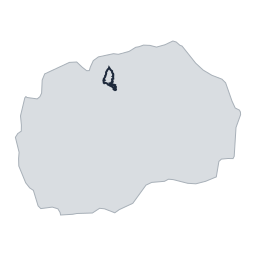 Gazi Baba, Gazi Baba, North Macedonia shown in context
{"feature_id": "65306769B82299046319271", "entity_name": "Gazi Baba", "entity_type": "district", "adm_level": 2, "iso_a3": "MKD", "parent_name": "North Macedonia", "parent_adm1": "Gazi Baba", "projection": "equal_earth", "projection_center": [21.531, 42.028], "detail": "fine", "context": "in_parent", "style": "outline", "palette": "slate", "viewbox_px": 256, "rotation_deg": 0, "n_neighbors": 0, "source": "geoboundaries", "source_scale": "gbopen_adm2", "svg_char_len": 1957}
<svg xmlns="http://www.w3.org/2000/svg" viewBox="0 0 256 256"><path d="M113.6,53.7L118.4,54.3L129.1,51.4L135.7,47.3L139.0,46.7L143.5,45.1L150.0,45.4L156.5,47.1L164.8,44.8L172.9,41.0L176.2,42.0L179.8,45.2L182.1,46.1L195.7,63.2L203.2,70.1L211.9,75.3L222.0,79.2L225.6,82.8L232.0,101.1L235.2,108.0L239.4,110.1L240.4,112.0L240.6,114.7L236.0,127.5L234.2,156.3L233.0,158.6L228.0,158.5L221.4,159.1L218.9,161.4L216.3,176.9L205.6,181.3L195.9,183.8L187.7,183.3L173.2,179.6L168.5,179.2L164.5,181.3L151.7,182.4L146.0,185.1L132.8,203.3L119.3,209.6L114.8,212.8L104.5,208.8L99.6,208.3L92.4,213.0L76.8,213.5L72.6,214.3L60.6,215.0L60.1,212.5L57.9,208.8L52.3,207.1L40.8,208.6L38.1,205.9L33.4,190.4L29.7,187.9L25.7,182.8L18.8,166.0L18.6,158.7L19.1,152.3L15.4,137.3L17.8,133.5L21.3,131.1L21.4,125.1L20.5,115.9L24.8,97.9L25.9,96.6L27.0,97.5L37.2,98.9L39.9,96.7L41.6,93.1L42.2,80.0L44.7,73.9L69.4,62.4L76.7,62.0L82.3,67.3L86.7,70.7L89.3,70.6L90.3,67.2L93.3,60.6L98.4,56.9L113.4,53.7L113.6,53.7Z" fill="#d9dde1" stroke="#a8b0b8" stroke-width="1"/><path d="M109.1,67.6L108.8,68.7L108.4,68.8L107.5,69.7L106.8,71.2L106.4,71.5L106.0,72.9L106.2,73.6L105.4,76.0L105.1,76.1L105.2,76.8L103.7,79.1L104.5,80.0L103.7,80.2L103.4,80.6L103.8,82.2L103.7,82.7L104.2,83.2L105.0,82.7L106.7,83.3L107.8,84.1L108.2,84.8L108.9,84.8L109.0,84.6L109.3,84.5L109.5,84.8L109.2,85.1L109.4,85.3L109.8,85.3L109.9,84.9L110.4,85.8L110.8,85.5L111.5,85.7L111.8,86.3L112.4,86.5L112.4,87.0L113.5,87.6L113.5,88.2L114.5,88.8L114.5,89.1L113.9,89.4L114.3,89.8L114.9,89.7L115.2,90.1L115.7,90.0L116.0,89.4L115.4,88.3L115.8,87.8L115.5,87.4L115.7,87.0L115.2,86.7L115.6,86.4L115.0,85.5L114.2,85.3L114.6,84.9L112.3,84.3L110.6,83.2L111.1,83.1L111.3,82.7L112.3,82.3L112.2,81.9L112.5,81.7L112.2,81.4L112.5,81.2L112.1,80.0L112.4,79.9L112.2,79.1L113.3,78.7L113.1,76.6L112.7,76.4L113.3,75.8L113.0,75.0L113.3,74.4L113.1,73.6L112.6,73.3L112.1,72.4L112.1,71.1L110.6,69.9L109.1,67.6Z" fill="none" stroke="#1e293b" stroke-width="2"/></svg>